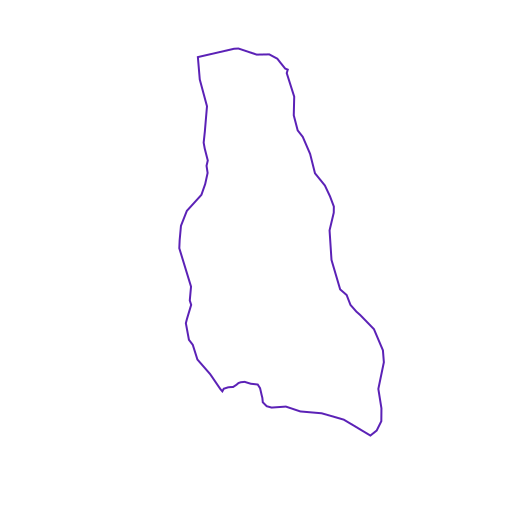 outline of Petapa, Guatemala, rotated 341°
{"feature_id": "79465075B74125992353590", "entity_name": "Petapa", "entity_type": "district", "adm_level": 2, "iso_a3": "GTM", "parent_name": "Guatemala", "parent_adm1": "", "projection": "equal_earth", "projection_center": [-90.558, 14.508], "detail": "fine", "context": "isolated", "style": "outline", "palette": "violet", "viewbox_px": 512, "rotation_deg": 341, "n_neighbors": 0, "source": "geoboundaries", "source_scale": "gbopen_adm2", "svg_char_len": 1161}
<svg xmlns="http://www.w3.org/2000/svg" viewBox="0 0 512 512"><g transform="rotate(341 256 256)"><path d="M265.8,49.0L260.3,70.8L258.4,98.5L248.0,122.0L243.4,131.8L242.5,137.7L241.5,150.0L238.6,154.6L237.3,161.7L231.4,171.4L224.3,180.4L205.3,190.8L194.9,203.0L189.0,216.1L186.0,223.7L184.6,263.8L178.9,276.5L178.8,281.1L170.1,293.2L167.8,296.7L165.3,313.4L167.3,319.4L166.9,334.8L174.2,352.8L179.0,370.3L180.1,373.0L182.3,371.0L186.9,371.1L189.4,371.7L191.7,372.4L195.6,371.4L198.1,370.4L200.5,370.4L204.3,371.3L206.2,372.7L209.5,375.1L212.3,376.4L215.8,378.1L216.8,382.3L216.5,385.3L216.1,388.9L215.8,392.3L214.8,396.5L217.2,401.5L221.4,404.4L235.2,408.1L247.3,417.4L266.9,426.1L285.7,439.3L305.7,463.0L313.3,460.3L320.7,453.0L325.0,440.9L328.4,421.5L342.3,398.1L345.3,386.5L343.7,363.6L335.3,345.7L332.8,341.3L329.4,333.0L329.0,322.4L324.7,315.0L326.1,284.3L333.9,255.7L343.6,240.4L345.7,234.6L345.4,223.8L344.1,211.8L338.7,197.0L340.4,177.1L339.0,158.6L336.3,150.8L337.5,135.3L344.0,117.8L344.6,93.1L346.7,90.1L344.6,88.3L341.9,80.8L340.4,76.4L334.2,69.7L322.2,65.8L306.9,54.1L302.7,52.9L265.8,49.0Z" fill="none" stroke="#5b21b6" stroke-width="2"/></g></svg>